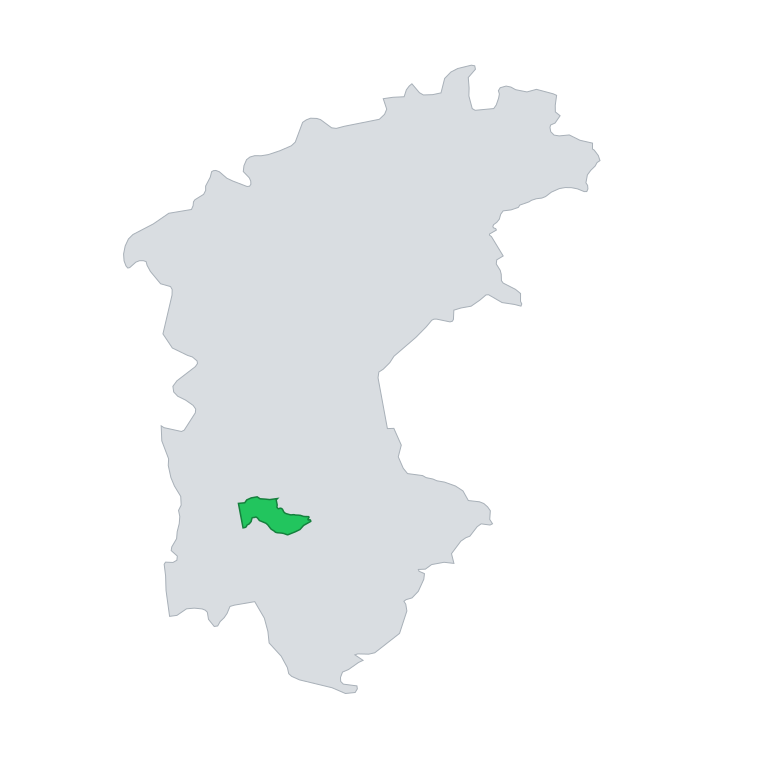 Lélouma highlighted on a map of Guinea, rotated 260°
{"feature_id": "GIN-5649", "entity_name": "Lélouma", "entity_type": "Prefecture", "adm_level": 1, "iso_a3": "GIN", "parent_name": "Guinea", "parent_adm1": "", "projection": "robinson", "projection_center": [-12.765, 11.356], "detail": "fine", "context": "in_parent", "style": "filled", "palette": "green", "viewbox_px": 768, "rotation_deg": 260, "n_neighbors": 0, "source": "natural_earth", "source_scale": "10m", "svg_char_len": 5182}
<svg xmlns="http://www.w3.org/2000/svg" viewBox="0 0 768 768"><g transform="rotate(260 384 384)"><path d="M471.7,518.5L465.4,517.6L462.7,518.9L454.4,529.9L449.4,534.2L441.7,532.8L438.9,533.6L436.9,532.4L439.7,526.3L443.7,514.4L453.8,502.4L454.0,499.9L449.9,492.9L445.5,483.3L445.5,473.0L444.6,465.6L435.6,463.6L434.0,462.3L433.7,459.8L438.8,447.0L439.2,444.4L438.5,442.1L433.0,435.6L424.4,423.5L409.6,398.6L404.0,393.4L398.7,385.8L396.7,381.0L391.2,379.2L339.5,379.6L338.6,386.0L320.8,390.4L309.8,385.4L297.7,388.3L291.7,391.6L287.1,406.1L284.5,409.2L281.9,415.7L279.5,419.3L276.9,426.5L271.1,436.7L265.0,443.2L254.6,446.8L251.4,457.6L249.0,461.5L245.0,464.7L240.7,466.7L232.3,464.6L227.5,466.6L226.7,463.9L229.4,455.4L227.3,451.0L219.2,442.1L218.4,437.9L215.9,432.4L205.2,421.0L195.2,421.7L198.0,412.2L197.9,399.5L194.5,392.6L195.4,385.6L193.5,386.0L190.2,390.9L184.8,389.3L173.9,381.8L168.5,374.5L167.8,368.3L166.6,365.9L163.3,367.2L156.5,367.1L135.7,356.0L120.9,328.2L120.6,322.0L122.8,311.2L122.3,308.3L115.5,315.4L114.2,310.6L109.0,299.5L107.5,293.1L102.6,290.2L98.6,289.7L95.5,291.8L91.4,304.9L88.4,304.8L85.2,302.0L85.9,292.3L93.9,280.1L107.3,249.4L112.1,242.3L115.2,239.9L121.5,239.6L133.8,235.5L148.9,225.9L160.5,226.7L174.2,225.5L192.1,218.9L192.2,198.3L191.7,193.7L185.3,189.6L181.6,186.0L178.5,181.4L174.6,178.2L174.7,174.7L182.7,170.3L189.9,170.4L192.3,168.7L194.1,165.8L196.2,158.3L196.9,150.5L192.1,139.9L192.4,132.5L218.6,133.5L232.9,135.6L244.6,136.2L246.5,137.9L244.9,145.2L246.4,149.4L250.4,150.6L256.9,145.5L260.4,146.7L267.7,152.9L274.5,154.7L282.0,158.1L289.0,159.9L295.2,159.7L299.9,163.2L308.6,164.3L319.9,159.9L328.8,157.9L341.2,157.4L347.7,158.9L366.6,155.3L381.5,157.3L379.2,159.8L372.4,176.3L373.2,179.2L388.4,193.2L392.0,194.2L396.1,192.3L402.6,185.8L407.7,178.8L412.7,175.5L418.4,175.7L423.1,180.6L433.9,201.3L436.6,203.9L439.2,203.9L443.9,200.0L446.3,195.5L456.2,181.8L471.7,175.0L508.4,190.7L513.8,191.8L517.0,190.7L521.5,181.4L535.4,173.5L542.0,171.3L545.8,171.0L547.2,168.5L547.9,164.7L547.1,160.8L542.8,153.8L542.7,151.8L545.1,150.4L550.4,149.4L557.2,150.1L564.9,153.1L571.2,157.5L574.8,162.7L581.7,184.6L589.5,201.7L589.3,224.7L592.8,227.0L596.5,228.0L598.3,229.8L602.1,239.3L605.6,242.0L609.9,242.7L617.8,248.8L623.0,251.1L623.7,253.0L623.5,255.5L621.6,258.7L613.9,265.0L610.1,270.4L602.3,283.4L602.1,285.9L603.8,287.6L607.0,288.0L610.5,287.1L617.7,282.3L623.3,284.0L628.8,287.6L630.8,291.4L631.3,296.3L630.1,302.7L630.0,309.8L631.8,322.0L634.7,334.1L637.6,338.6L655.8,349.3L657.6,353.3L658.5,357.8L657.2,363.9L655.4,367.4L645.4,376.9L644.0,381.4L644.7,389.8L645.5,425.4L649.5,431.4L654.2,434.4L665.1,432.8L664.8,442.6L663.4,453.7L669.8,457.1L673.0,460.5L674.8,463.6L664.7,469.5L661.8,473.0L660.5,482.2L660.8,490.7L674.4,496.8L679.6,504.0L681.9,511.4L682.8,525.4L681.6,528.6L678.1,528.7L671.2,520.2L660.7,519.2L652.9,517.6L639.9,518.7L637.7,521.3L636.2,539.9L639.3,543.0L645.6,546.5L649.6,548.0L653.0,547.6L655.6,549.9L656.2,556.0L654.4,560.5L651.0,564.7L646.8,575.5L647.7,585.3L640.4,601.0L638.3,604.1L628.6,601.0L622.2,600.0L617.6,604.0L611.3,597.8L610.1,593.0L607.8,592.0L603.5,592.0L599.6,594.7L597.9,599.6L597.1,609.7L590.0,619.3L585.0,631.2L579.2,630.1L577.9,631.6L571.8,634.7L566.5,635.5L565.1,632.3L562.0,629.8L558.5,624.7L554.6,620.6L547.1,617.8L544.2,619.0L540.7,618.7L538.3,617.1L538.7,614.6L542.6,608.4L544.8,602.7L546.0,596.5L546.0,590.6L543.9,582.2L540.5,575.6L539.7,571.7L540.0,566.2L539.3,561.1L538.2,558.5L536.6,548.8L534.6,547.0L533.4,539.3L533.8,531.4L530.9,528.4L526.3,526.2L523.6,523.1L521.9,519.6L520.3,518.6L518.9,518.8L517.6,521.0L516.1,521.4L513.4,514.0L512.3,513.7L510.5,515.4L489.4,523.6L486.7,516.6L482.7,515.4L475.7,518.2L471.7,518.5Z" fill="#d9dde1" stroke="#a8b0b8" stroke-width="1"/><path d="M261.4,288.0L258.7,280.3L255.3,276.0L253.9,271.2L252.2,263.1L252.5,262.2L254.1,259.5L254.9,257.5L256.1,253.0L256.6,251.9L257.0,251.2L257.3,251.0L257.7,250.8L258.7,249.8L260.6,247.7L261.0,247.4L265.6,245.0L267.4,243.5L270.7,238.4L271.1,237.7L271.9,237.2L273.6,236.4L274.2,236.0L275.0,235.2L275.3,234.6L275.2,234.1L275.1,233.5L275.1,232.9L275.2,231.9L275.2,231.3L275.0,230.8L274.6,230.6L271.7,229.3L271.4,229.0L271.1,228.7L270.8,228.4L270.5,228.1L270.4,227.7L270.2,227.5L269.7,227.1L269.6,226.7L269.4,226.2L269.1,225.3L268.7,224.4L268.4,224.2L267.6,223.8L267.3,223.5L267.1,223.0L266.9,222.6L266.8,221.8L266.8,220.2L291.7,219.9L291.2,226.2L293.7,228.7L294.9,233.4L294.9,239.5L292.5,242.0L291.2,247.2L290.0,251.4L289.7,259.2L288.6,257.7L283.4,257.8L281.3,257.1L279.8,257.9L279.5,258.4L279.5,258.8L279.7,259.7L279.7,260.3L279.5,260.9L279.1,261.6L278.6,262.0L278.2,262.3L276.0,262.9L274.9,263.4L274.2,264.0L273.4,265.0L271.4,269.1L271.3,269.6L271.2,270.1L271.1,271.9L271.0,272.4L270.7,273.3L270.3,274.1L270.2,274.5L270.0,275.6L269.9,276.0L269.8,276.5L269.7,277.0L269.4,277.8L269.2,278.8L267.6,281.7L267.1,283.6L266.5,286.7L266.4,286.8L266.2,286.9L265.9,287.0L265.6,286.9L265.4,286.8L265.3,286.7L264.6,286.0L264.2,285.7L263.9,285.6L263.4,285.7L263.2,286.1L263.2,286.4L263.2,286.6L263.3,286.8L263.2,287.0L263.1,287.6L262.7,287.9L262.3,288.0L261.9,288.1L261.4,288.0Z" fill="#22c55e" stroke="#15803d" stroke-width="1.5"/></g></svg>